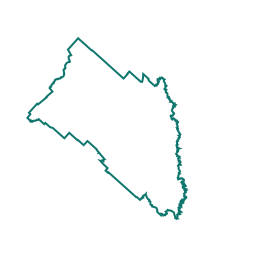 Gannawarra, Victoria, Australia (Mercator projection), rotated 42°
{"feature_id": "25037944B50058704827939", "entity_name": "Gannawarra", "entity_type": "district", "adm_level": 2, "iso_a3": "AUS", "parent_name": "Australia", "parent_adm1": "Victoria", "projection": "mercator", "projection_center": [144.036, -35.732], "detail": "fine", "context": "isolated", "style": "outline", "palette": "teal", "viewbox_px": 256, "rotation_deg": 42, "n_neighbors": 0, "source": "geoboundaries", "source_scale": "gbopen_adm2", "svg_char_len": 5919}
<svg xmlns="http://www.w3.org/2000/svg" viewBox="0 0 256 256"><g transform="rotate(42 128 128)"><path d="M121.5,67.7L121.7,68.1L120.4,67.6L119.3,67.8L118.6,69.3L118.2,69.4L118.6,70.3L119.3,70.0L119.3,70.4L118.4,70.9L117.9,70.8L117.3,71.8L117.7,72.3L118.0,72.0L118.2,72.5L119.4,72.6L119.2,73.2L119.5,73.2L119.4,73.6L119.6,73.8L119.8,73.5L120.2,73.6L120.4,74.0L120.1,75.1L120.7,75.4L120.5,75.7L120.9,77.2L119.8,77.2L119.8,78.9L112.1,78.9L110.2,78.1L110.2,77.7L103.2,77.7L105.7,80.8L107.6,84.2L106.6,85.1L91.2,85.1L91.2,88.0L91.6,88.1L91.6,94.2L49.5,94.2L49.1,94.7L30.9,94.7L30.9,109.9L37.1,112.0L36.1,113.6L36.1,114.7L38.1,116.5L40.1,117.2L40.5,118.0L39.3,119.4L39.0,120.6L39.2,123.1L39.6,123.9L40.9,124.9L41.0,125.6L41.5,125.7L41.4,127.0L41.1,127.3L41.4,128.2L43.9,129.9L44.0,130.5L44.7,130.9L45.4,132.6L45.3,133.5L44.5,134.7L44.8,135.2L44.2,135.8L44.4,136.8L43.6,137.6L43.4,138.3L42.9,138.2L42.6,138.8L42.7,139.2L42.0,139.8L42.0,140.5L41.6,141.0L42.1,141.7L42.0,143.7L42.7,144.0L42.8,144.7L42.2,145.5L42.5,146.1L42.3,147.1L43.2,148.6L42.8,149.1L43.2,149.2L43.0,150.8L47.5,151.5L46.5,159.3L47.0,159.4L45.4,170.7L44.2,170.7L44.2,183.0L46.2,183.1L46.5,187.8L49.6,188.0L50.3,187.7L50.7,188.4L51.4,188.5L51.5,188.2L51.3,187.8L51.8,187.7L51.4,187.3L52.4,187.2L52.3,186.7L53.1,186.4L53.2,185.5L54.4,184.5L54.3,184.2L55.0,183.2L54.9,182.8L55.7,182.3L55.7,181.2L63.2,181.2L63.2,179.5L69.6,179.5L72.0,178.3L87.6,178.2L87.6,170.9L98.6,170.9L98.6,170.4L106.5,170.4L106.6,164.8L118.9,164.8L119.2,165.2L123.0,165.7L123.0,166.1L123.4,165.8L131.6,166.9L131.0,167.7L131.0,168.3L131.8,169.0L130.8,169.3L130.5,169.9L130.2,169.8L129.9,170.7L129.5,170.9L134.6,171.4L139.2,171.4L139.2,172.0L139.9,172.1L139.9,174.7L143.2,174.7L143.1,174.0L180.5,173.9L180.8,173.4L185.0,173.4L185.1,172.3L185.4,171.4L185.0,171.0L185.4,170.7L185.6,170.1L185.4,169.7L185.6,169.6L185.1,169.3L185.3,168.8L184.7,168.7L184.9,168.1L184.8,167.2L185.4,166.2L185.4,165.1L186.3,166.2L187.2,166.2L188.6,167.0L190.5,167.5L191.7,167.0L192.7,168.3L193.5,167.7L194.0,167.8L194.6,168.6L196.1,169.9L197.4,169.2L197.9,169.3L198.4,170.2L202.0,168.5L202.8,168.5L205.0,169.6L205.0,169.9L205.9,170.8L210.9,170.8L210.1,169.4L211.4,168.9L212.7,169.5L213.3,168.7L213.4,167.9L214.0,167.7L213.7,166.9L214.2,166.1L214.2,165.5L213.6,165.3L213.2,165.8L212.9,165.0L212.0,164.9L212.4,164.0L212.3,162.3L213.3,162.2L213.6,161.6L216.0,160.4L218.7,160.1L221.0,161.7L222.3,162.2L223.4,163.3L224.1,162.8L224.8,163.1L224.9,162.8L224.5,162.4L225.1,162.0L224.3,161.9L224.1,160.7L223.2,160.1L224.0,159.5L222.8,159.7L222.6,159.4L223.5,158.2L222.7,158.5L222.7,158.0L223.8,157.4L223.5,157.1L222.6,157.3L222.3,156.8L223.4,156.2L222.9,155.1L223.8,155.1L223.9,154.8L222.1,155.1L221.7,155.6L221.5,154.9L221.0,155.2L220.1,154.7L220.3,153.0L220.0,153.1L219.7,154.0L218.8,153.4L219.3,152.2L218.6,151.5L219.3,151.2L217.7,150.9L217.3,150.2L217.9,149.8L218.8,150.2L218.8,149.5L219.2,149.6L219.4,150.3L219.7,150.0L218.8,149.2L217.7,149.7L217.2,149.1L217.5,148.6L218.4,148.5L217.7,148.3L217.6,147.7L218.4,146.9L219.1,146.9L219.2,146.5L218.8,146.3L217.7,146.7L217.2,145.8L217.0,146.3L217.1,147.3L216.6,147.6L216.2,147.4L215.9,146.7L216.2,145.7L216.6,145.1L217.3,145.0L218.1,145.4L218.1,144.7L216.4,145.0L216.2,144.7L217.2,144.1L217.2,143.5L217.8,142.8L217.3,142.0L218.0,141.4L218.0,140.8L217.6,140.4L216.8,140.3L216.0,141.4L215.5,141.4L215.4,140.6L214.3,139.9L215.1,139.1L214.2,139.6L213.6,139.1L213.9,137.2L213.0,137.2L212.8,136.9L213.3,136.3L213.2,135.3L212.2,136.3L211.8,135.9L211.9,134.7L211.5,134.9L211.0,136.0L210.1,134.9L209.5,135.0L209.0,135.7L208.0,135.2L208.0,134.8L208.7,134.6L208.5,133.4L209.6,132.9L209.8,132.5L209.6,132.3L207.8,132.2L207.6,133.1L207.3,133.2L207.0,132.7L207.2,131.8L206.8,131.6L206.5,131.8L205.9,133.3L205.4,133.0L204.8,132.1L204.0,132.6L203.8,131.9L205.0,130.2L204.1,129.0L203.0,129.3L202.3,129.0L201.7,129.6L201.0,129.8L201.1,130.5L200.4,131.0L199.7,132.6L198.7,132.0L198.1,131.5L198.3,130.9L197.7,130.0L196.9,129.3L197.0,128.6L196.5,128.0L196.8,127.5L196.1,127.6L195.8,127.4L195.9,125.6L192.9,124.4L192.0,123.3L190.3,122.5L190.3,121.4L191.0,120.9L190.4,120.4L191.3,119.9L190.2,119.5L189.9,118.3L189.0,118.5L188.7,118.1L188.3,118.6L188.1,117.8L187.5,118.3L186.8,118.1L186.1,117.1L185.6,117.0L185.8,116.2L185.3,115.9L185.9,115.6L185.3,115.4L185.3,114.9L184.2,115.5L183.6,115.3L183.2,115.8L182.8,115.2L181.1,115.1L181.2,114.4L180.4,113.0L180.5,112.3L179.8,112.1L179.3,111.3L179.7,110.6L180.2,110.8L179.6,109.7L178.9,109.7L179.5,109.0L178.4,109.4L178.7,109.6L178.6,110.0L177.8,110.0L177.4,109.8L176.9,108.6L175.8,108.6L175.8,107.1L175.2,107.3L175.0,106.7L173.4,105.5L173.8,104.4L173.0,104.2L172.8,103.5L173.2,102.7L172.3,101.6L172.9,101.1L172.7,100.5L172.1,100.4L172.0,100.0L172.3,99.8L172.1,99.6L171.0,99.6L171.5,99.0L171.3,98.0L170.8,98.2L170.5,97.6L169.8,97.3L169.1,97.4L168.0,96.7L166.9,96.7L166.3,96.0L165.7,95.9L165.6,95.4L165.0,95.8L164.6,95.3L163.9,95.1L164.2,93.8L161.3,92.2L161.5,90.8L161.2,90.0L160.8,90.0L160.7,90.6L160.4,90.7L159.9,90.2L160.0,89.3L159.1,90.7L158.7,90.2L158.3,90.8L156.5,90.1L155.8,90.4L155.4,90.3L154.9,91.1L155.4,92.0L154.9,92.2L153.8,91.7L152.7,90.7L152.0,90.8L151.5,90.4L151.5,90.1L152.6,89.3L153.1,88.5L152.5,87.8L152.7,86.5L151.9,86.1L151.4,86.3L148.9,85.7L148.3,84.1L148.0,83.7L148.2,83.1L146.8,81.8L147.2,80.7L147.6,80.7L147.9,81.2L148.5,80.9L147.9,80.0L148.1,78.9L147.7,79.0L147.8,79.4L147.5,79.5L146.5,78.7L146.5,79.6L146.2,79.8L145.2,79.7L144.4,79.1L143.3,79.2L142.4,79.5L142.2,80.1L141.9,80.3L141.6,79.3L142.2,79.1L142.0,78.7L141.2,79.2L140.2,79.2L139.8,78.8L139.2,79.0L138.9,78.7L139.0,78.2L138.2,77.8L138.2,78.7L137.6,78.6L137.0,78.8L136.7,77.8L137.4,77.6L136.0,77.9L133.9,75.8L132.7,76.2L132.0,76.0L131.1,74.2L130.9,74.4L130.9,75.0L129.8,74.1L129.4,74.7L129.0,74.7L128.9,74.1L129.3,73.5L128.1,72.3L128.5,71.4L128.4,70.8L126.8,71.1L125.7,70.0L123.5,69.4L122.6,68.2L122.7,67.5L121.5,67.7Z" fill="none" stroke="#0f766e" stroke-width="2"/></g></svg>